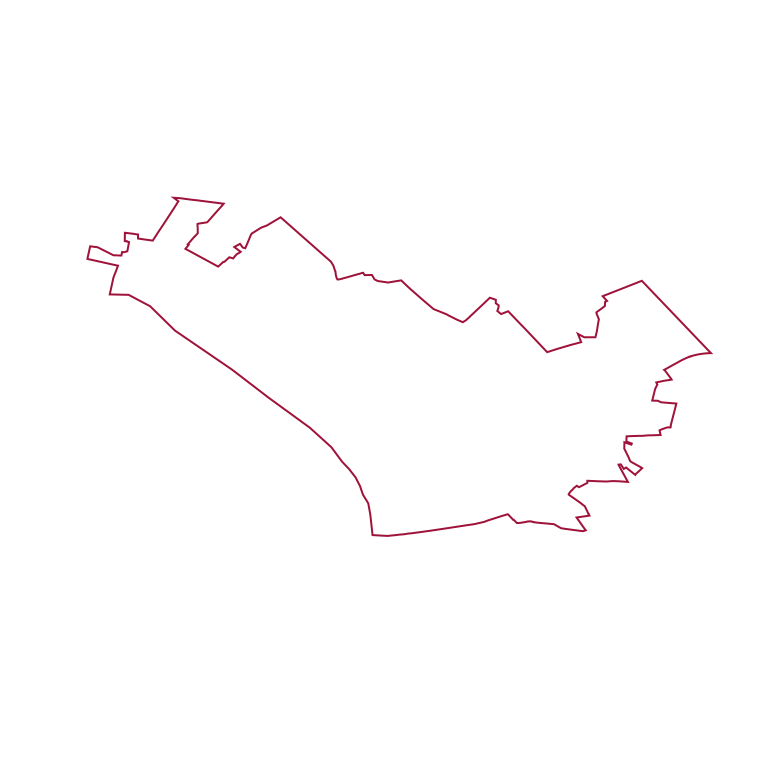 outline of Ogre, Ogre, Latvia, rotated 11°
{"feature_id": "27541924B85046161363388", "entity_name": "Ogre", "entity_type": "district", "adm_level": 2, "iso_a3": "LVA", "parent_name": "Latvia", "parent_adm1": "Ogre", "projection": "equal_earth", "projection_center": [24.619, 56.811], "detail": "fine", "context": "isolated", "style": "outline", "palette": "rose", "viewbox_px": 768, "rotation_deg": 11, "n_neighbors": 0, "source": "geoboundaries", "source_scale": "gbopen_adm2", "svg_char_len": 5434}
<svg xmlns="http://www.w3.org/2000/svg" viewBox="0 0 768 768"><g transform="rotate(11 384 384)"><path d="M617.4,233.5L600.3,244.4L583.1,255.3L581.9,256.1L587.1,259.9L585.4,261.1L585.9,265.4L580.7,271.1L578.8,273.2L579.4,274.6L582.6,279.5L582.6,284.1L582.9,291.4L582.6,297.8L571.6,299.9L564.8,297.8L569.6,305.3L562.6,308.7L559.9,310.0L548.3,316.0L538.1,321.6L509.4,301.1L508.6,300.6L508.3,300.4L492.0,288.9L485.6,293.0L481.3,290.7L481.8,287.2L481.6,284.9L478.3,283.4L477.7,280.0L471.5,279.1L463.7,290.0L455.9,300.8L455.1,302.0L454.3,303.1L453.3,304.4L452.3,305.8L450.9,307.0L449.6,308.3L443.6,307.0L433.9,304.3L432.4,303.7L418.4,301.0L407.7,295.0L405.4,293.7L402.0,291.7L398.4,289.6L396.0,288.2L392.2,286.0L389.5,284.3L388.6,283.8L381.1,279.0L375.4,281.1L370.8,282.8L368.8,283.6L358.2,284.1L354.7,283.1L351.4,279.3L344.2,280.8L342.3,278.8L340.9,279.4L339.1,280.4L336.6,281.6L334.2,282.8L332.9,283.5L326.4,286.8L325.8,287.1L323.9,288.0L323.0,288.5L320.7,289.6L318.4,290.3L317.8,289.7L316.8,288.1L316.0,286.4L314.9,283.0L314.8,282.7L314.6,282.7L311.7,277.4L308.5,274.0L250.7,240.1L238.6,250.9L233.8,253.8L230.2,257.1L226.7,260.4L225.5,261.5L225.2,262.3L224.8,263.2L224.5,264.7L224.2,266.2L224.1,266.6L224.1,267.0L223.0,272.1L221.9,277.2L220.7,277.1L219.4,277.0L218.9,276.6L215.9,273.9L211.8,277.3L210.9,278.1L218.1,281.6L217.9,281.9L214.7,284.7L214.5,284.8L214.4,285.1L214.0,285.9L213.2,287.1L212.0,289.5L208.0,289.1L207.9,289.2L205.9,292.0L204.0,294.5L202.9,294.9L198.8,300.4L198.5,300.3L163.3,289.2L165.7,284.7L164.7,284.3L165.4,283.2L165.6,282.9L165.7,282.7L165.8,282.5L169.8,275.5L170.0,275.5L171.2,273.5L172.4,271.6L172.4,271.4L171.9,269.1L171.4,266.6L170.9,264.7L170.7,264.1L170.5,263.1L170.4,262.4L171.0,262.1L174.6,260.8L179.1,259.2L179.6,258.9L180.1,258.3L180.5,257.5L182.0,255.0L182.3,254.5L182.8,253.7L183.2,252.9L186.8,246.8L188.3,244.3L189.8,241.8L191.8,238.4L192.2,237.6L169.4,239.1L168.0,239.2L167.0,239.2L166.0,239.3L161.5,239.7L156.9,240.0L154.2,240.2L151.4,240.3L150.6,240.4L149.8,240.4L149.5,240.4L149.1,240.5L148.4,240.5L145.3,240.9L142.1,241.3L147.3,243.9L146.8,245.1L145.5,248.5L142.9,255.0L135.4,273.3L132.9,279.2L132.8,279.5L132.0,281.6L131.8,282.1L130.3,285.7L129.6,287.4L124.8,287.6L123.8,287.7L115.7,288.1L114.8,288.1L114.0,284.2L109.4,284.4L108.6,284.4L107.6,284.5L100.8,285.0L102.3,293.2L102.8,293.1L103.9,292.9L104.3,292.9L104.3,293.2L106.6,293.3L106.7,297.1L106.7,302.7L103.6,304.3L101.7,304.4L101.7,308.0L100.6,308.2L94.7,309.1L94.0,309.3L76.7,304.4L69.3,304.9L69.0,316.0L69.0,317.8L94.5,318.5L100.3,318.6L99.6,322.9L98.5,328.9L98.1,331.3L97.7,348.4L116.3,345.2L139.6,352.3L168.7,371.5L231.9,398.8L273.0,419.3L319.6,441.1L344.4,456.1L357.6,468.2L365.9,474.1L373.8,481.0L379.9,488.7L384.4,496.6L391.3,504.1L395.3,514.3L401.6,534.5L416.9,532.4L417.3,532.2L422.3,530.7L423.0,530.5L424.0,530.2L425.1,529.8L426.1,529.5L427.7,529.0L428.0,528.9L429.0,528.6L430.3,528.3L431.4,527.9L432.6,527.6L433.8,527.2L434.3,527.0L435.7,526.4L439.1,525.4L439.8,525.2L444.2,523.7L456.0,519.7L466.8,515.9L495.4,505.7L497.3,505.1L501.1,503.6L508.7,500.2L511.2,498.6L518.1,494.8L525.4,490.8L525.7,490.6L526.4,490.3L527.7,489.6L528.2,489.4L530.1,488.3L530.4,488.2L532.2,489.4L536.8,492.7L537.2,492.5L537.3,492.6L540.9,495.1L541.1,495.1L543.2,494.6L544.6,494.2L545.5,493.9L546.0,493.7L546.3,493.5L546.4,493.4L546.5,493.4L547.0,493.3L547.5,493.1L548.7,492.7L549.9,492.2L550.3,492.0L550.5,491.8L551.3,491.6L551.8,491.3L552.5,491.3L552.8,491.1L553.1,491.1L554.1,491.0L554.5,490.7L555.2,490.9L555.4,490.9L555.9,490.9L556.6,491.1L557.0,490.9L557.4,490.9L557.4,491.0L557.7,491.1L558.1,491.1L558.4,491.0L558.8,491.0L561.7,490.8L563.3,490.6L565.7,490.4L572.1,489.7L574.6,489.5L577.1,489.2L578.3,489.4L584.2,491.4L585.3,491.8L586.8,491.7L587.0,491.7L587.5,491.7L588.2,491.7L598.3,491.1L604.7,490.7L606.5,490.6L607.3,490.5L607.7,490.4L609.4,489.4L609.9,489.1L609.6,488.9L598.5,478.3L610.8,474.0L609.4,472.4L609.5,472.2L609.0,471.9L607.4,469.6L606.4,468.3L605.2,466.7L604.3,465.5L603.6,465.3L602.5,464.8L601.0,464.0L600.8,463.9L600.1,463.5L587.0,457.6L586.5,457.4L586.3,457.1L586.5,456.6L586.9,455.4L587.5,454.2L587.8,453.7L589.3,451.6L589.8,450.8L590.0,450.1L591.2,448.8L592.7,447.1L592.9,447.2L593.1,447.3L595.1,448.1L598.7,445.3L599.0,445.0L602.5,442.3L602.1,440.2L612.2,438.7L620.9,437.3L626.8,435.7L629.0,435.3L631.3,435.0L631.5,434.9L636.1,434.3L642.1,433.6L629.7,418.6L629.6,418.4L631.7,417.7L631.9,417.8L635.6,421.6L637.6,419.8L647.5,425.0L648.0,425.2L648.0,424.7L650.7,421.2L653.5,417.3L650.1,416.1L646.7,415.0L645.8,414.7L644.8,414.4L643.0,413.8L641.3,413.2L640.3,412.6L637.8,408.9L632.2,401.6L631.1,395.3L632.0,395.5L638.4,396.3L638.6,395.2L632.9,394.2L632.1,389.1L636.1,388.1L643.5,386.4L647.5,385.6L653.1,384.0L655.2,383.6L665.2,381.3L663.6,377.5L663.3,376.9L665.9,375.1L667.3,374.3L670.3,372.6L671.0,372.4L673.5,372.0L673.7,371.7L673.4,370.5L673.4,370.1L673.5,367.3L674.4,353.1L674.7,347.4L659.5,349.1L656.0,348.2L650.5,349.1L650.5,348.8L651.1,337.1L652.4,332.4L651.0,330.5L658.1,327.5L665.5,324.8L664.9,324.1L657.4,317.3L656.3,316.7L658.6,314.8L661.2,312.6L664.0,310.2L667.0,307.8L669.7,305.5L671.0,304.4L672.7,303.1L674.7,301.6L676.8,300.1L679.7,298.5L679.5,298.4L680.5,297.9L682.5,296.9L683.6,296.4L684.7,295.9L685.6,295.5L686.5,295.1L687.6,294.7L688.7,294.3L689.5,294.0L691.3,293.4L693.2,292.8L694.2,292.5L695.3,292.2L696.9,291.8L698.5,291.4L699.0,291.3L617.4,233.5Z" fill="none" stroke="#9f1239" stroke-width="2"/></g></svg>